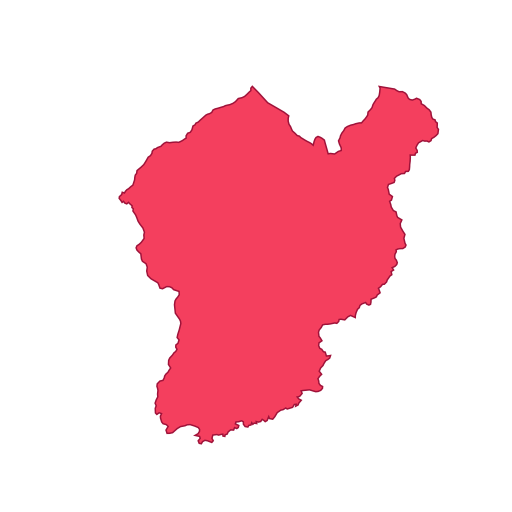 the district of Marianópolis do Tocantins, Tocantins, Brazil, rotated 284°
{"feature_id": "56859067B16841021210330", "entity_name": "Marianópolis do Tocantins", "entity_type": "district", "adm_level": 2, "iso_a3": "BRA", "parent_name": "Brazil", "parent_adm1": "Tocantins", "projection": "orthographic", "projection_center": [-49.708, -9.772], "detail": "fine", "context": "isolated", "style": "filled", "palette": "rose", "viewbox_px": 512, "rotation_deg": 284, "n_neighbors": 0, "source": "geoboundaries", "source_scale": "gbopen_adm2", "svg_char_len": 5971}
<svg xmlns="http://www.w3.org/2000/svg" viewBox="0 0 512 512"><g transform="rotate(284 256 256)"><path d="M83.8,195.1L79.4,196.4L78.3,198.1L80.5,200.0L80.2,202.5L77.5,202.0L75.6,202.6L72.2,204.6L70.8,206.4L70.7,209.8L69.4,212.0L65.3,210.8L62.4,212.6L63.1,215.1L64.4,217.8L69.5,221.3L72.2,224.0L74.2,228.3L75.5,229.9L76.5,232.9L76.2,237.6L75.6,241.5L74.1,243.2L72.2,243.6L69.6,242.8L67.2,240.3L67.3,244.9L65.6,246.0L62.7,244.6L60.5,246.2L60.6,248.4L62.9,249.0L64.8,251.0L65.0,253.6L64.4,258.2L66.4,259.2L68.4,257.4L71.8,257.4L73.3,261.2L73.2,263.1L74.4,265.2L75.1,266.9L73.3,267.5L73.4,269.4L75.1,269.3L76.2,271.1L78.5,271.5L81.1,273.4L81.7,276.4L84.3,276.7L83.9,279.1L85.3,280.3L87.4,280.3L88.1,276.6L90.1,276.7L91.0,279.3L92.6,281.9L92.1,283.8L89.7,284.5L87.9,286.7L88.1,289.5L89.9,290.0L90.8,292.0L93.2,292.2L91.9,293.6L93.4,294.7L93.6,297.2L95.4,296.3L95.4,298.4L96.5,300.6L99.0,301.5L98.4,303.4L97.5,305.0L99.1,306.6L103.2,307.2L101.5,308.4L101.7,311.7L104.6,313.1L109.2,314.5L112.4,317.3L113.5,319.5L115.7,321.6L115.1,323.3L116.5,325.6L118.0,328.1L121.2,329.1L121.9,330.9L119.9,330.9L121.7,332.9L123.6,333.1L127.0,334.8L127.7,332.0L129.2,330.1L130.3,332.3L133.8,334.0L136.1,332.4L136.9,334.2L139.1,340.3L138.9,344.0L138.8,346.8L139.6,349.0L141.3,351.3L143.6,352.5L145.5,352.2L146.0,349.9L147.6,347.9L150.1,347.0L151.9,345.8L154.6,346.8L157.1,348.3L159.5,345.2L163.0,345.8L166.0,347.5L168.1,347.9L171.3,349.0L173.0,350.8L174.8,352.2L177.5,352.4L176.7,350.6L176.0,348.5L179.5,346.4L179.4,344.6L181.4,342.3L181.8,340.3L184.1,338.5L186.9,338.1L189.7,340.5L192.1,338.1L193.3,336.5L197.1,335.1L199.4,335.2L202.5,336.6L205.3,337.3L206.5,339.7L207.0,341.7L208.1,344.5L210.1,348.7L210.2,350.7L212.5,352.1L214.5,352.0L215.2,353.7L215.5,357.6L219.2,359.8L221.2,362.1L220.3,367.2L222.1,366.8L225.3,366.8L228.9,367.4L230.8,368.7L233.2,368.8L235.2,370.4L237.4,373.6L236.1,375.0L235.7,377.4L236.8,378.8L239.0,378.7L241.9,378.1L244.2,381.3L245.5,382.7L247.4,383.0L250.3,385.3L252.7,383.8L254.3,382.6L256.3,384.3L259.1,385.6L259.7,387.4L262.5,389.0L264.5,389.1L266.5,389.9L269.0,390.8L270.7,392.3L273.6,390.9L275.7,392.9L277.6,390.9L279.4,393.2L281.7,394.6L283.7,394.7L285.9,393.2L287.2,391.5L289.0,390.7L291.2,390.4L294.1,391.1L295.8,390.4L297.0,391.8L297.9,393.6L298.7,396.6L300.8,398.6L302.9,398.9L304.4,397.5L308.9,395.2L313.0,395.3L315.8,392.3L319.0,389.3L322.3,388.1L326.3,388.8L327.7,384.1L329.2,382.9L332.7,381.2L333.3,378.3L336.2,375.4L338.7,374.2L341.4,372.4L343.0,373.9L346.7,374.0L348.2,370.3L352.5,368.3L354.3,367.0L357.5,367.2L359.2,369.9L360.8,372.2L363.0,372.4L364.8,371.5L367.5,373.1L369.4,375.3L371.0,377.0L372.0,380.1L374.2,380.7L375.0,383.3L376.8,383.9L379.6,383.5L381.9,383.0L385.2,382.6L388.9,381.9L391.2,381.2L392.3,385.8L394.3,385.9L395.6,387.4L397.5,386.8L399.4,384.9L402.0,385.3L405.1,386.3L408.4,389.8L408.3,391.9L408.9,394.1L408.5,396.2L410.3,397.9L412.4,398.0L414.2,399.9L416.4,401.6L418.7,402.9L423.0,402.4L424.6,400.6L426.3,400.3L428.9,399.7L429.8,397.7L431.5,396.7L431.5,394.8L432.9,393.1L435.4,391.8L437.9,390.9L439.8,388.6L440.9,385.9L442.7,383.0L443.7,379.5L446.0,378.8L447.4,377.0L447.9,373.6L446.6,372.2L445.1,369.9L445.1,367.1L446.1,365.4L449.1,363.1L450.2,361.3L450.9,358.3L450.0,355.1L450.5,352.7L451.5,350.1L450.3,334.6L448.9,335.8L445.0,336.4L441.6,336.7L439.2,336.2L437.2,334.8L435.2,334.2L433.2,333.5L431.1,332.9L428.0,332.7L425.4,331.5L422.8,329.9L419.7,330.3L417.7,329.6L415.5,328.7L413.2,327.4L410.7,326.2L410.1,324.0L408.5,320.8L407.1,318.7L405.9,316.3L403.7,313.3L401.7,311.5L398.8,310.8L396.1,309.6L393.0,308.9L391.2,309.0L387.7,308.2L384.8,309.9L381.6,312.5L379.0,313.2L377.4,310.6L375.8,309.2L374.0,307.6L373.5,303.4L372.6,301.3L383.1,295.3L385.0,294.3L386.2,291.5L386.7,289.7L387.0,287.2L385.5,285.6L383.8,285.0L381.3,284.7L377.3,284.7L378.3,282.7L379.0,280.6L379.6,277.8L380.4,275.0L381.1,272.9L381.7,270.9L382.8,269.1L382.8,266.9L384.6,264.0L386.1,261.1L388.1,259.5L390.0,258.1L391.7,256.2L394.6,254.6L397.6,253.9L399.9,253.9L402.2,248.6L404.4,241.1L407.5,230.3L415.2,218.7L419.7,211.4L417.6,210.4L415.2,211.0L413.5,209.8L410.5,208.0L408.0,206.3L406.2,204.1L404.5,200.7L402.6,199.7L400.8,198.7L398.6,196.8L396.5,194.0L395.4,191.7L394.4,189.8L393.2,188.5L391.9,186.2L390.2,183.4L388.8,180.8L387.3,179.0L384.6,178.3L383.0,176.7L381.9,174.8L380.7,173.4L379.0,172.2L376.6,170.6L374.6,169.2L372.0,167.6L370.3,165.5L368.5,165.1L366.9,163.4L362.9,163.3L360.1,162.3L358.6,160.0L355.7,159.1L353.5,159.7L352.2,158.4L350.2,156.7L347.6,153.6L347.2,150.9L346.2,147.7L345.0,144.7L344.8,141.6L343.3,139.7L341.1,138.1L339.5,137.3L338.4,135.7L337.3,134.1L335.8,132.9L335.1,131.3L332.6,130.0L330.4,130.2L327.8,129.3L325.8,127.5L322.5,126.6L320.2,125.9L317.5,125.0L314.2,122.9L312.2,121.4L310.1,119.9L307.3,120.2L305.3,119.3L303.0,119.4L300.4,119.8L297.7,119.6L295.0,119.4L292.9,117.7L290.6,116.2L289.1,114.7L287.3,113.7L285.3,113.1L285.5,110.8L283.1,110.8L280.6,109.1L278.8,109.3L277.2,111.4L275.6,113.1L277.0,114.2L275.6,115.9L275.3,118.0L277.2,119.3L276.1,121.0L274.8,123.6L273.0,123.9L272.2,125.5L269.9,125.7L266.7,129.3L264.3,131.1L261.2,133.2L258.8,135.7L255.8,139.5L252.1,142.0L249.2,142.1L246.0,143.2L241.5,141.4L239.2,139.9L237.1,138.0L234.9,137.7L232.9,139.1L231.4,141.5L230.3,143.7L225.3,145.6L223.4,147.1L221.9,151.2L218.9,153.2L215.0,153.6L210.9,155.6L208.5,159.6L206.3,167.2L204.8,168.5L201.6,170.6L201.6,173.2L204.7,176.7L205.3,179.5L204.9,181.9L203.4,184.3L203.0,189.9L199.9,190.9L197.5,190.1L194.8,188.8L192.8,188.3L189.0,188.7L181.0,191.6L176.2,197.1L174.5,198.5L172.3,199.4L168.1,199.4L165.8,199.4L161.1,199.1L157.8,199.2L156.0,201.6L152.4,201.4L150.3,199.8L148.1,200.2L146.4,201.9L143.9,201.2L142.3,199.9L139.6,198.9L136.2,197.0L133.7,196.5L129.6,197.3L126.7,200.3L124.1,199.3L121.9,198.7L119.5,197.1L117.4,196.4L115.6,196.5L112.8,195.8L111.4,193.0L108.1,191.1L105.6,191.4L103.8,192.5L101.9,193.4L98.2,193.9L95.6,194.8L92.2,194.0L88.8,193.7L86.5,195.4L83.8,195.1Z" fill="#f43f5e" stroke="#9f1239" stroke-width="1.5"/></g></svg>